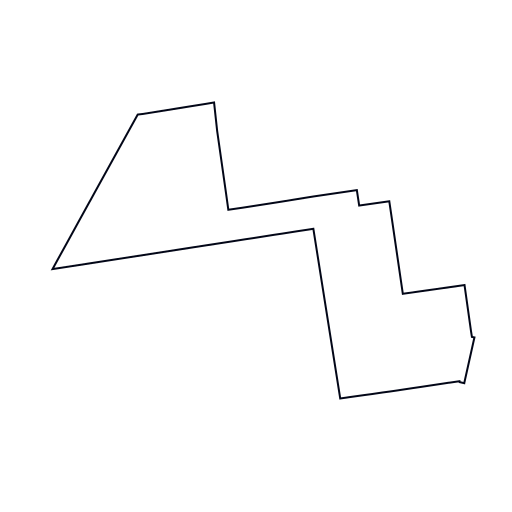 outline of Almirante Brown, Chaco, Argentina, rotated 351°
{"feature_id": "61730980B31934399065102", "entity_name": "Almirante Brown", "entity_type": "district", "adm_level": 2, "iso_a3": "ARG", "parent_name": "Argentina", "parent_adm1": "Chaco", "projection": "mercator", "projection_center": [-61.764, -25.756], "detail": "fine", "context": "isolated", "style": "outline", "palette": "ink", "viewbox_px": 512, "rotation_deg": 351, "n_neighbors": 0, "source": "geoboundaries", "source_scale": "gbopen_adm2", "svg_char_len": 1392}
<svg xmlns="http://www.w3.org/2000/svg" viewBox="0 0 512 512"><g transform="rotate(351 256 256)"><path d="M316.9,409.9L317.0,409.9L323.4,410.0L325.5,410.0L341.3,410.3L348.9,410.5L359.8,410.6L367.4,410.8L375.3,410.9L375.6,410.9L377.4,410.9L390.1,411.0L398.2,411.1L423.2,411.3L426.4,411.3L427.6,411.4L428.1,411.4L437.4,411.5L437.4,412.4L441.8,414.2L442.0,413.6L459.0,370.6L456.6,369.7L456.6,364.2L457.4,317.3L456.0,317.3L396.0,316.3L395.1,316.3L396.0,241.7L396.2,222.8L365.8,222.3L365.8,222.2L365.9,206.7L365.4,206.7L356.7,206.6L322.6,206.2L320.7,206.2L317.1,206.2L316.8,206.2L316.4,206.2L290.4,206.3L288.0,206.3L283.9,206.3L250.8,206.2L235.9,206.0L236.2,190.1L236.6,165.0L237.2,126.3L238.6,97.8L230.4,97.9L213.8,97.9L166.3,98.0L161.7,97.8L161.3,97.8L106.7,167.9L100.6,175.8L100.4,176.0L85.4,195.3L70.7,214.3L59.7,228.4L53.0,237.1L102.0,237.3L194.9,237.6L235.3,237.8L240.7,237.8L248.2,237.8L255.7,237.9L262.1,237.9L264.0,237.9L265.4,237.9L266.8,237.9L272.7,237.9L277.0,237.9L285.7,238.0L290.0,238.0L300.4,238.0L311.9,238.1L316.0,238.1L316.9,238.1L316.9,251.3L316.9,270.5L316.9,286.8L316.9,289.6L316.9,291.3L316.9,292.9L316.9,293.6L316.9,300.0L316.9,317.5L316.9,322.3L316.9,324.0L316.9,329.3L316.9,334.8L316.9,336.0L316.9,337.5L316.9,338.2L316.9,338.6L316.9,358.6L316.9,365.5L316.9,368.3L316.9,381.2L316.9,391.0L316.9,397.9L316.9,409.9Z" fill="none" stroke="#020617" stroke-width="2"/></g></svg>